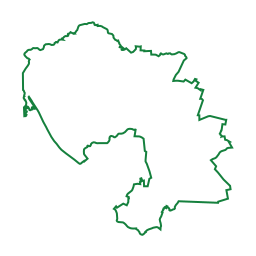 outline of Cotorra, Córdoba, Colombia, rotated 267°
{"feature_id": "7082276B37197913893650", "entity_name": "Cotorra", "entity_type": "district", "adm_level": 2, "iso_a3": "COL", "parent_name": "Colombia", "parent_adm1": "Córdoba", "projection": "orthographic", "projection_center": [-75.768, 9.058], "detail": "fine", "context": "isolated", "style": "outline", "palette": "green", "viewbox_px": 256, "rotation_deg": 267, "n_neighbors": 0, "source": "geoboundaries", "source_scale": "gbopen_adm2", "svg_char_len": 5798}
<svg xmlns="http://www.w3.org/2000/svg" viewBox="0 0 256 256"><g transform="rotate(267 128 128)"><path d="M207.8,28.6L206.6,28.3L205.1,29.2L202.9,31.2L202.6,32.2L202.4,32.5L201.5,33.3L201.1,32.9L199.5,32.4L198.9,32.6L197.3,32.4L195.6,31.3L192.7,28.9L188.3,25.9L171.4,25.2L170.9,25.8L169.0,26.4L168.5,26.7L167.2,26.5L166.1,26.0L165.5,26.0L165.2,26.2L165.0,25.8L163.7,25.4L163.1,25.5L162.8,25.9L162.3,25.9L161.8,26.1L160.8,26.8L160.9,27.0L160.0,27.4L159.5,27.5L158.5,27.8L156.8,27.5L156.2,27.3L154.6,26.0L154.1,25.2L145.2,25.1L145.3,25.9L145.2,26.4L145.7,27.0L146.3,27.2L146.3,26.7L146.7,26.7L146.8,25.9L147.3,25.6L147.7,25.8L147.8,26.3L148.6,27.0L149.2,27.6L149.8,27.8L150.0,27.4L151.0,26.3L151.9,26.3L152.3,26.6L152.2,27.0L153.1,27.4L153.1,27.8L153.4,27.5L154.7,28.5L154.4,29.2L154.0,29.5L152.9,30.1L151.1,30.6L150.9,31.1L150.9,31.6L151.5,32.6L151.5,33.2L151.6,33.6L152.1,33.9L152.4,33.6L152.5,33.3L152.7,33.0L153.3,33.3L153.5,33.2L153.8,33.5L153.5,33.9L153.1,34.0L153.9,35.0L153.8,35.8L153.4,35.8L153.0,35.3L152.3,35.1L152.0,35.9L152.1,36.3L152.5,36.7L162.3,30.8L164.1,30.4L164.4,30.7L160.2,33.2L158.7,33.9L150.4,38.7L148.2,39.8L138.6,43.7L132.8,46.5L131.1,47.2L123.1,51.0L118.8,53.6L115.9,55.9L112.0,58.5L109.7,60.4L105.9,64.7L99.3,72.7L95.5,76.9L94.8,77.9L94.8,78.6L95.2,79.4L96.0,80.3L97.4,82.4L96.9,82.6L99.5,86.0L103.9,82.9L104.7,82.7L107.0,82.7L109.0,83.0L110.1,84.2L111.0,86.2L112.1,86.4L112.5,87.0L111.9,87.9L111.9,89.3L112.8,89.9L114.0,90.3L115.0,91.4L115.5,92.8L115.3,94.2L114.8,95.1L114.4,96.4L114.4,98.0L114.0,106.4L114.3,106.9L116.1,108.5L117.4,109.0L118.8,108.9L119.1,109.2L119.9,109.3L120.5,109.8L120.9,110.6L120.9,111.0L120.3,112.8L119.6,113.5L119.4,114.4L120.5,116.2L122.4,117.8L122.8,118.5L122.8,119.1L122.7,121.2L123.0,122.8L124.1,124.8L126.6,127.4L127.0,128.4L127.1,129.8L126.9,131.2L126.7,132.2L126.4,132.6L125.7,134.2L125.7,134.4L126.1,135.0L125.9,135.5L119.4,134.1L119.0,138.6L118.7,139.7L117.9,141.2L116.5,143.0L104.2,143.6L103.2,145.0L95.4,143.9L93.6,143.8L91.3,144.9L83.6,147.2L77.1,148.6L76.2,146.7L68.8,144.6L69.0,141.0L74.7,141.1L74.4,139.6L77.1,138.7L76.8,137.7L73.6,137.9L73.4,137.1L71.3,137.3L71.8,134.5L71.4,131.0L69.1,130.4L66.1,129.1L65.2,128.4L62.3,124.3L61.0,123.4L59.9,123.0L59.1,125.1L57.9,125.2L58.0,124.7L54.0,124.4L50.9,122.7L52.7,119.3L49.0,112.8L50.4,112.0L48.0,109.7L47.2,110.9L46.5,111.3L45.6,111.7L43.4,112.4L38.9,112.5L37.8,112.5L36.3,111.9L35.8,112.0L35.2,112.4L34.6,113.6L34.0,118.0L33.2,119.2L31.7,120.7L30.3,121.7L29.0,122.9L27.9,125.0L27.6,126.0L27.3,128.0L27.3,130.8L26.8,130.7L25.4,132.7L24.0,133.5L23.6,133.9L21.9,134.4L21.1,135.4L20.8,136.0L20.6,136.8L20.7,137.2L21.2,137.7L21.4,138.3L22.6,139.5L23.0,140.2L23.4,139.9L25.0,141.8L25.7,143.5L26.5,146.4L27.1,148.0L27.5,150.8L27.5,151.7L27.1,152.7L25.0,155.1L27.3,155.4L28.4,155.9L31.2,155.6L33.3,155.1L35.0,154.9L36.6,155.6L37.9,156.5L41.8,158.1L42.3,157.4L44.3,158.9L44.5,158.7L45.8,159.3L45.7,159.7L46.9,160.4L46.9,160.6L47.1,160.7L47.2,161.2L47.1,161.3L46.4,161.0L46.0,161.9L48.1,162.4L47.6,163.4L46.4,163.6L45.8,164.7L44.4,165.3L43.7,165.8L43.6,165.4L43.3,165.7L43.6,167.1L44.3,168.6L44.6,170.0L45.2,170.6L46.7,170.6L48.5,171.7L50.6,173.7L52.2,174.7L48.6,214.0L49.7,214.2L52.2,224.1L60.8,223.0L61.5,227.2L64.9,226.9L71.6,220.7L79.0,215.4L82.3,212.6L85.2,214.0L91.5,209.1L92.5,210.8L93.3,213.4L94.1,214.7L96.9,217.1L98.6,218.2L99.4,219.1L100.0,220.3L101.0,224.1L101.5,224.8L102.5,225.8L102.7,226.3L102.9,227.2L103.0,230.9L108.5,228.1L108.8,229.0L110.7,226.2L111.2,224.4L114.6,224.0L114.6,221.3L114.5,221.0L115.2,221.3L116.5,219.9L117.1,219.9L117.5,219.4L120.3,221.0L120.4,220.8L121.7,221.5L126.9,222.5L126.4,225.4L131.0,226.5L131.0,225.9L135.7,210.6L135.5,208.7L132.3,199.7L136.9,199.9L137.1,198.4L151.8,204.3L153.1,203.3L153.4,202.6L153.4,201.7L162.1,205.2L162.9,202.7L161.9,202.5L164.1,199.7L164.7,197.5L169.5,200.9L171.5,198.2L173.0,198.9L173.5,197.5L171.0,195.9L169.4,193.9L173.3,187.8L171.5,186.0L172.6,180.3L172.7,178.4L172.6,175.7L174.1,176.1L178.5,178.6L181.4,181.4L192.5,187.3L194.6,190.1L195.2,190.1L195.9,189.8L197.1,188.8L198.3,188.6L199.0,187.9L201.0,183.5L201.1,183.0L201.0,182.2L200.0,180.2L199.3,178.1L199.2,175.5L200.0,174.3L200.3,174.1L200.4,172.8L199.9,171.8L200.0,171.2L200.5,170.5L200.4,169.8L199.6,167.3L199.8,166.0L200.7,165.0L200.8,164.7L200.5,164.3L199.0,163.6L198.4,162.7L198.1,162.3L199.8,159.5L200.1,155.1L203.8,155.0L203.8,148.3L204.5,148.4L204.9,144.6L208.8,145.0L208.6,143.9L209.2,140.0L207.7,140.2L206.3,139.9L203.7,137.1L203.1,135.0L207.7,130.4L206.5,128.7L206.2,127.3L206.4,126.9L206.2,126.5L206.3,125.9L206.5,125.7L207.0,125.7L208.0,127.5L209.6,125.7L209.0,124.9L208.9,124.4L209.2,123.9L209.4,124.0L209.4,125.2L210.0,125.2L210.7,125.0L212.5,123.8L213.0,123.6L213.4,123.7L214.2,123.4L214.6,123.0L215.8,122.8L215.5,121.8L216.1,121.4L216.7,119.9L219.0,118.3L221.1,118.2L222.7,116.9L223.6,113.6L224.2,113.0L226.6,112.8L227.3,112.5L227.9,111.9L230.1,108.1L230.8,107.3L231.4,105.7L231.4,102.9L231.6,102.8L231.7,103.2L232.7,103.1L232.5,102.1L232.5,100.4L233.0,99.9L233.9,99.9L235.0,99.3L235.4,98.1L234.9,96.8L234.9,94.4L234.6,93.5L233.9,92.3L234.2,90.3L233.2,85.3L232.8,84.5L231.9,83.8L228.4,82.4L227.9,81.7L226.6,80.8L225.7,79.8L225.6,79.1L225.0,79.7L224.9,78.7L226.7,75.6L225.4,74.4L225.3,73.2L225.0,72.9L224.4,72.8L223.8,73.2L223.3,73.1L222.9,72.0L223.1,70.3L222.3,68.9L221.3,68.0L220.9,66.9L220.1,67.1L219.6,67.6L219.9,66.0L219.7,64.1L219.1,63.3L217.1,62.1L217.2,61.6L217.6,61.2L217.6,60.4L217.2,60.1L216.7,59.2L216.2,59.2L215.2,58.4L215.0,58.0L214.9,56.1L215.8,54.3L216.0,53.4L215.9,50.2L215.1,49.1L214.7,48.6L212.6,48.0L211.2,47.2L210.4,44.6L210.7,43.8L212.2,42.3L212.6,41.5L212.5,39.6L212.8,37.5L212.4,36.9L211.9,36.3L211.4,35.4L211.2,34.8L211.3,33.2L210.8,31.8L209.7,30.9L208.6,29.4L207.8,28.6Z" fill="none" stroke="#15803d" stroke-width="2"/></g></svg>